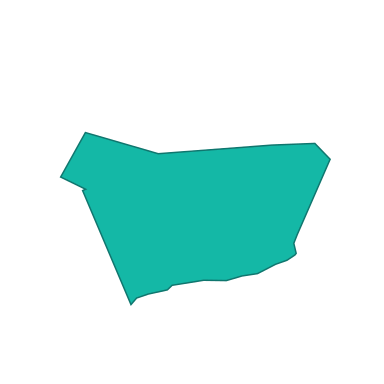 Mount Pleasant, Castries, Saint Lucia, rotated 136°
{"feature_id": "8701671B94814187921498", "entity_name": "Mount Pleasant", "entity_type": "district", "adm_level": 2, "iso_a3": "LCA", "parent_name": "Saint Lucia", "parent_adm1": "Castries", "projection": "orthographic", "projection_center": [-60.985, 14.015], "detail": "fine", "context": "isolated", "style": "filled", "palette": "teal", "viewbox_px": 384, "rotation_deg": 136, "n_neighbors": 0, "source": "geoboundaries", "source_scale": "gbopen_adm2", "svg_char_len": 473}
<svg xmlns="http://www.w3.org/2000/svg" viewBox="0 0 384 384"><g transform="rotate(136 192 192)"><path d="M311.8,153.6L305.5,154.2L294.4,149.0L277.7,138.7L271.1,138.7L244.9,120.4L228.8,104.4L214.4,96.9L201.6,87.8L182.2,82.0L171.0,76.9L161.6,75.2L159.7,75.5L154.4,84.4L145.8,88.3L69.9,119.6L69.9,141.6L102.0,170.3L178.6,233.8L189.7,243.0L227.4,308.8L276.1,294.0L266.6,267.9L269.7,269.0L314.1,153.4L311.8,153.6Z" fill="#14b8a6" stroke="#0f766e" stroke-width="1.5"/></g></svg>